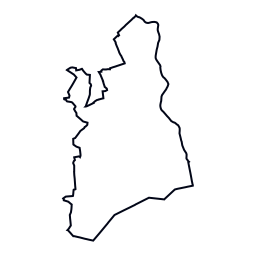 outline of Gailīšu pag., Bauska, Latvia
{"feature_id": "27541924B16682413178254", "entity_name": "Gailīšu pag.", "entity_type": "district", "adm_level": 2, "iso_a3": "LVA", "parent_name": "Latvia", "parent_adm1": "Bauska", "projection": "mercator", "projection_center": [24.195, 56.322], "detail": "fine", "context": "isolated", "style": "outline", "palette": "ink", "viewbox_px": 256, "rotation_deg": 0, "n_neighbors": 0, "source": "geoboundaries", "source_scale": "gbopen_adm2", "svg_char_len": 5083}
<svg xmlns="http://www.w3.org/2000/svg" viewBox="0 0 256 256"><path d="M135.9,15.4L135.7,15.9L134.2,17.4L134.1,17.5L133.8,17.8L133.5,17.8L131.4,19.9L126.7,24.2L126.2,24.6L125.7,25.1L124.4,26.5L121.2,29.3L121.0,29.6L119.2,31.3L118.6,31.8L117.8,32.6L118.2,33.4L119.1,35.3L118.3,36.0L117.9,35.5L117.3,36.0L113.8,39.3L115.7,42.4L115.7,42.5L115.6,43.0L116.2,44.7L117.0,46.7L117.6,48.0L118.3,49.9L118.8,51.1L119.3,52.7L119.5,53.0L120.3,54.6L120.5,54.9L121.1,55.7L121.2,55.8L121.3,56.1L121.7,57.0L123.1,59.9L123.3,60.7L124.4,62.1L124.7,63.4L117.8,65.7L116.2,66.2L116.1,66.3L113.8,67.0L112.5,67.4L110.9,68.0L110.2,68.1L110.1,68.9L110.0,69.3L108.6,69.2L108.0,69.2L107.7,69.2L105.9,69.5L102.8,69.4L101.3,70.6L101.4,71.7L98.8,72.0L100.5,74.8L100.9,75.9L102.8,80.4L102.7,80.4L102.8,80.9L103.2,81.9L103.6,83.4L103.9,84.4L104.4,85.7L104.7,86.9L104.9,87.0L106.8,88.6L106.9,89.3L107.0,89.5L107.1,90.1L105.6,90.9L105.4,91.0L105.1,91.1L102.6,91.3L103.3,97.3L103.4,98.3L102.1,98.6L99.5,99.3L99.1,99.4L98.9,99.4L98.8,99.5L98.7,99.6L97.0,100.0L95.2,101.1L93.4,102.7L93.6,103.0L90.1,104.7L86.9,106.2L86.5,106.3L86.1,106.4L85.9,106.5L85.6,106.5L85.7,106.4L85.8,106.2L86.4,104.4L87.5,101.3L88.5,98.7L89.8,94.8L89.9,93.3L89.9,92.4L89.9,91.1L89.9,90.8L90.0,90.1L90.0,89.4L90.1,88.9L90.3,87.4L91.1,85.8L91.1,85.6L91.1,85.4L90.9,84.7L90.7,84.1L89.6,83.1L89.5,82.9L89.9,75.1L89.9,74.9L86.9,74.6L86.7,74.5L85.8,73.7L84.9,72.7L84.2,71.9L83.2,70.7L82.9,70.3L82.0,68.8L81.9,68.8L80.2,69.5L79.8,69.7L79.3,69.8L77.8,70.1L76.2,70.4L76.0,68.1L72.3,67.4L71.6,67.5L70.5,67.7L67.0,69.9L66.9,70.0L70.9,72.6L71.4,72.9L71.8,73.2L73.0,74.0L73.7,74.4L74.0,74.7L76.5,77.5L73.0,83.7L71.1,86.9L70.5,87.8L68.0,92.0L69.2,94.8L69.5,95.6L69.0,97.6L64.1,98.2L64.1,98.5L64.1,99.1L64.2,99.3L64.4,99.4L64.7,99.5L66.0,99.8L66.3,100.1L66.4,100.5L66.7,101.1L66.8,101.2L66.9,101.3L67.1,101.4L67.5,101.5L68.3,101.6L70.9,102.0L71.3,102.1L71.6,102.2L71.9,102.3L72.1,102.5L72.4,102.7L73.0,103.4L73.6,104.1L74.7,105.4L75.1,105.8L75.4,106.2L75.5,106.5L75.5,106.8L74.4,108.4L74.2,108.7L74.1,108.9L74.1,109.2L74.1,109.3L74.3,109.5L74.8,110.6L76.2,112.7L76.4,113.0L76.5,114.7L76.6,115.8L76.9,116.0L81.5,120.0L82.2,120.7L82.8,121.2L83.2,121.5L86.1,122.3L87.5,122.7L87.3,124.8L86.8,125.4L85.7,126.4L85.5,126.6L84.7,127.0L84.1,128.2L80.4,130.9L78.5,133.6L75.2,138.0L73.2,138.8L73.3,142.2L73.4,144.5L73.6,144.7L74.6,145.4L75.9,146.3L76.3,146.6L77.6,147.1L79.6,147.8L80.1,150.9L80.5,154.5L80.5,155.8L80.0,157.1L79.4,156.5L78.7,156.4L78.5,156.5L75.6,157.0L74.2,157.3L74.9,160.1L74.4,160.6L73.9,161.0L73.7,161.5L73.5,162.0L73.3,162.5L73.2,163.1L74.2,165.6L74.2,171.2L74.2,171.4L74.1,171.5L74.3,175.1L74.7,178.9L74.8,180.5L75.2,186.1L75.5,189.2L75.4,189.3L73.7,189.7L73.6,189.9L73.4,192.0L73.3,193.4L73.0,195.9L72.9,196.0L71.9,196.1L70.6,196.2L69.3,196.3L68.1,196.4L66.8,196.5L65.8,196.6L65.7,196.7L65.2,197.0L64.2,197.7L63.4,198.3L63.2,198.4L63.1,198.5L63.8,199.3L63.8,199.5L63.8,200.3L66.4,201.1L66.5,201.1L68.2,201.7L68.3,201.7L68.5,201.9L68.7,202.0L70.4,203.5L71.7,204.5L71.6,205.9L71.6,206.2L71.6,206.5L71.5,207.9L71.4,209.2L71.0,211.9L70.9,212.5L70.7,212.9L69.9,214.8L69.8,215.0L69.9,215.7L70.1,218.5L70.4,221.2L70.8,225.4L70.8,225.6L70.4,226.1L69.2,228.0L68.7,228.8L68.5,229.0L67.5,230.1L67.9,230.2L70.5,233.0L71.5,234.2L73.3,236.2L73.7,236.1L73.9,236.1L78.7,237.2L79.7,237.4L84.6,238.7L86.9,239.2L89.0,239.7L93.2,240.6L99.5,233.2L106.8,224.4L107.0,224.2L107.7,223.3L108.1,222.8L108.2,222.6L114.5,215.0L123.5,210.5L127.4,208.6L129.7,207.5L133.3,205.7L134.8,205.0L135.5,204.5L137.5,203.5L144.6,199.9L149.0,197.7L149.5,197.8L150.3,197.9L150.5,197.9L164.3,199.4L164.6,199.0L168.9,195.0L173.2,191.0L174.5,189.8L174.8,189.5L175.0,189.5L175.9,189.2L176.7,189.0L178.0,188.7L180.6,188.2L182.5,187.8L185.5,187.2L187.7,186.7L192.8,185.7L192.8,185.0L192.7,184.7L192.4,183.7L192.2,182.5L192.0,181.8L191.0,176.2L190.4,173.0L188.9,165.5L188.3,162.4L189.0,161.8L187.9,160.8L187.7,160.2L187.3,159.8L186.7,159.0L186.4,158.1L186.5,157.4L186.6,154.5L186.2,153.1L184.1,149.9L182.3,145.4L181.9,143.2L181.7,141.8L181.2,140.5L180.7,138.2L180.1,135.8L179.5,133.4L179.7,130.5L179.7,128.7L179.5,127.7L178.2,125.3L176.7,124.3L175.6,123.3L174.6,122.6L173.4,122.3L171.2,121.0L170.7,120.3L169.9,119.3L168.9,118.0L166.9,115.9L165.9,114.7L163.3,111.7L162.6,111.1L161.7,110.2L161.2,109.4L160.8,108.4L160.4,106.8L160.3,105.2L160.5,103.9L160.9,102.0L161.2,101.0L161.3,99.5L161.5,96.6L162.1,95.0L163.1,93.6L164.0,92.3L164.7,91.3L166.1,89.4L166.6,88.3L167.6,86.5L168.4,84.1L167.5,81.9L165.6,79.4L164.3,77.9L163.5,77.4L162.6,76.2L162.0,75.1L161.2,72.8L160.6,70.1L160.4,68.4L160.3,67.3L160.5,66.5L160.1,65.2L159.2,63.9L157.8,61.9L156.7,60.3L155.8,58.6L155.6,57.3L155.7,55.6L156.7,49.7L157.5,46.7L158.0,43.7L158.0,43.3L158.4,42.2L159.4,39.9L159.6,36.7L159.1,34.4L158.9,33.7L158.5,32.8L157.8,30.6L157.7,29.4L157.8,28.3L158.3,25.0L157.9,23.8L156.8,22.5L156.0,22.2L154.5,21.9L152.2,22.0L151.2,22.2L148.7,22.9L148.0,23.0L146.2,22.7L144.7,21.7L143.4,19.8L142.9,19.5L142.5,19.2L141.9,18.7L139.7,17.4L139.2,17.2L138.4,17.1L137.1,16.5L135.9,15.4Z" fill="none" stroke="#020617" stroke-width="2"/></svg>